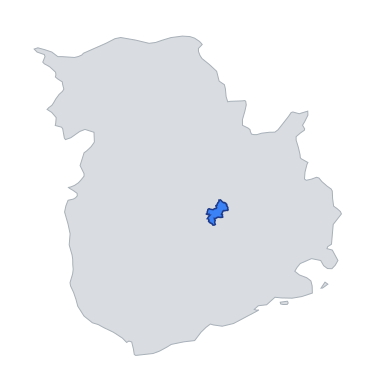 Rolea B'ier, Kâmpóng Chhnang, Cambodia (highlighted), rotated 266°
{"feature_id": "14789045B85845272815349", "entity_name": "Rolea B'ier", "entity_type": "district", "adm_level": 2, "iso_a3": "KHM", "parent_name": "Cambodia", "parent_adm1": "Kâmpóng Chhnang", "projection": "robinson", "projection_center": [104.575, 12.211], "detail": "fine", "context": "in_parent", "style": "filled", "palette": "blue", "viewbox_px": 384, "rotation_deg": 266, "n_neighbors": 0, "source": "geoboundaries", "source_scale": "gbopen_adm2", "svg_char_len": 6521}
<svg xmlns="http://www.w3.org/2000/svg" viewBox="0 0 384 384"><g transform="rotate(266 192 192)"><path d="M345.6,44.5L346.6,48.3L344.1,55.4L341.4,61.9L336.4,67.6L336.1,71.8L334.4,84.2L335.1,88.2L336.3,91.6L338.0,93.4L342.4,105.6L346.4,116.7L350.3,125.8L351.1,131.6L347.5,146.2L343.3,159.6L343.7,166.2L345.5,172.9L347.5,181.8L348.2,193.2L347.2,200.7L345.3,205.3L341.7,210.0L338.5,212.5L334.7,208.4L331.6,208.3L327.6,209.5L324.4,211.3L317.9,218.3L310.7,225.0L300.7,226.8L296.8,231.8L292.6,232.5L284.7,232.7L279.5,233.9L279.8,236.4L279.4,248.3L279.5,251.1L278.7,251.9L275.1,252.2L269.0,250.4L260.8,247.4L255.0,247.0L252.0,252.2L250.2,254.2L248.0,254.5L245.6,255.4L244.9,257.7L244.7,260.6L245.8,265.6L246.2,273.5L245.9,278.8L248.1,282.2L260.7,293.6L264.4,296.5L264.8,298.2L262.6,304.4L264.6,313.1L260.6,313.0L254.1,309.2L250.9,306.9L247.1,308.8L245.8,308.4L243.2,304.1L239.9,299.7L236.4,299.5L229.1,301.2L221.6,302.4L218.8,302.4L217.6,303.2L213.3,309.7L211.5,308.6L203.9,306.1L197.1,305.1L195.7,306.8L196.5,312.1L198.0,317.3L197.1,319.6L193.3,322.3L188.4,327.2L185.3,331.0L183.2,332.0L175.6,331.8L168.0,332.3L165.0,335.9L162.1,338.7L159.7,339.5L149.8,330.6L130.2,327.5L128.0,323.5L126.1,322.7L124.3,327.9L113.5,332.8L109.0,329.8L105.7,326.2L106.2,321.8L109.3,318.2L114.7,315.6L117.2,306.6L113.1,295.0L109.5,291.6L105.8,289.0L101.8,293.3L98.4,300.6L95.0,304.4L90.0,305.3L82.8,305.0L80.0,294.0L79.1,284.6L80.1,273.8L81.2,267.4L74.3,258.6L73.9,250.2L70.6,245.9L69.6,248.1L69.7,250.5L68.8,248.8L57.9,224.2L56.0,212.8L57.9,204.0L59.0,201.1L55.9,196.4L51.5,191.2L43.6,184.3L43.1,173.4L41.4,160.6L39.1,156.3L35.5,148.4L33.6,141.8L32.9,124.5L33.9,123.1L39.5,122.6L46.6,121.4L47.7,118.6L46.5,116.3L51.1,112.4L57.6,103.8L62.7,94.8L66.3,89.2L68.5,83.5L75.8,75.6L86.0,70.1L92.8,68.8L100.0,66.9L106.8,64.3L110.1,64.0L118.6,67.2L123.2,68.1L128.0,68.0L133.0,68.3L137.4,68.0L147.8,65.8L158.8,67.5L168.7,66.1L180.9,63.5L186.9,65.2L192.4,67.8L193.2,73.1L194.4,75.5L196.2,77.3L198.7,77.3L201.8,73.6L204.4,69.8L205.2,69.1L205.4,71.0L206.7,75.1L209.0,79.2L211.4,81.8L215.3,85.4L217.8,85.6L226.2,82.2L238.7,87.1L240.2,89.6L244.2,94.5L248.6,98.1L258.4,98.4L261.9,89.6L260.2,84.2L254.6,74.9L253.1,69.4L254.8,68.4L264.3,67.4L265.8,66.3L267.9,60.2L270.4,60.9L275.7,61.7L281.2,57.6L284.5,53.2L286.3,55.2L288.2,58.2L290.4,60.0L294.3,62.6L298.7,66.3L301.5,69.9L303.6,71.3L309.3,70.3L310.8,70.4L314.0,66.1L316.3,63.7L318.2,64.4L321.0,64.3L326.9,58.7L330.2,53.6L332.0,52.2L337.3,54.8L339.4,54.3L342.4,47.2L345.6,44.5ZM76.4,279.5L75.3,280.1L74.3,280.1L73.2,279.1L73.4,275.1L74.1,272.7L75.9,272.3L76.4,279.5ZM92.8,318.4L90.6,321.1L87.1,315.6L87.1,314.0L92.8,318.4Z" fill="#d9dde1" stroke="#a8b0b8" stroke-width="1"/><path d="M157.6,210.4L157.5,210.6L157.4,210.8L157.4,211.0L157.5,211.2L157.5,211.3L157.5,211.8L157.5,212.1L157.5,212.3L157.9,212.8L158.0,213.0L158.3,212.9L158.8,212.8L159.3,212.7L159.5,212.6L160.1,212.5L160.6,212.5L161.3,212.9L161.5,213.0L161.8,213.1L162.0,213.2L162.5,212.9L162.6,212.7L162.8,212.5L163.2,212.8L163.3,212.9L163.5,212.9L163.6,213.0L163.9,212.9L163.9,213.0L164.0,212.8L164.1,212.7L164.1,212.8L164.1,213.0L164.0,213.3L164.1,213.5L164.1,213.8L164.0,214.0L164.3,214.3L164.4,214.6L164.5,214.7L164.7,214.8L164.8,214.9L164.8,215.1L164.8,215.4L164.7,215.4L164.7,215.5L164.8,215.8L165.1,216.0L165.2,216.4L165.2,216.5L164.9,217.0L164.8,217.3L164.8,217.5L164.9,217.9L164.9,218.0L164.7,218.3L164.6,218.5L164.6,219.0L164.8,219.3L164.8,219.7L164.6,219.7L164.6,219.9L164.6,220.2L164.7,220.7L164.7,220.8L164.8,220.8L165.2,220.9L165.6,220.8L166.0,220.7L166.4,220.6L166.9,220.8L167.1,220.9L167.4,220.5L167.4,220.4L167.5,220.2L167.6,219.8L167.8,219.8L168.0,220.0L168.3,220.1L168.5,220.3L168.8,220.5L169.2,220.9L169.3,220.9L169.8,221.0L170.0,221.0L170.3,221.3L170.4,221.5L170.6,221.6L170.9,221.8L171.0,221.8L171.1,222.1L171.2,222.5L171.3,222.6L171.2,222.7L171.0,222.9L171.0,223.0L171.0,223.3L171.1,223.7L171.1,223.9L171.1,224.1L171.2,224.3L171.2,224.8L171.3,224.9L171.3,225.3L171.3,225.5L171.3,225.9L171.4,226.2L171.2,226.4L171.3,226.5L171.5,226.6L171.7,226.8L171.8,226.8L171.9,226.7L172.0,226.7L172.3,226.7L172.5,226.6L172.6,226.4L172.8,226.4L173.0,226.4L173.2,226.5L173.3,226.6L173.5,226.6L173.8,226.7L174.1,226.6L174.3,226.6L174.6,226.4L175.1,226.1L175.3,225.9L175.5,226.0L175.7,225.9L175.8,225.9L176.0,225.8L176.1,225.7L176.2,225.8L176.3,225.8L176.3,225.7L176.5,225.8L176.8,225.8L177.1,225.8L177.1,225.6L177.5,225.5L177.6,225.4L177.8,225.1L178.1,225.0L178.0,224.8L178.1,224.7L178.4,224.6L178.7,224.4L179.0,224.2L179.2,223.7L179.3,223.4L179.0,223.2L179.1,222.7L179.3,222.4L179.5,222.3L179.8,222.0L180.1,221.6L180.2,221.4L180.6,221.1L181.0,220.9L181.3,220.6L181.6,220.4L181.7,220.2L181.9,220.1L182.1,219.9L182.2,219.7L182.1,219.2L182.0,218.3L182.0,218.2L181.9,218.2L181.5,218.4L181.3,218.4L181.2,218.4L180.8,218.3L180.6,218.1L180.3,217.9L180.1,217.7L179.8,217.4L179.5,217.0L179.3,217.0L179.1,217.0L179.0,216.8L178.6,216.6L178.1,216.2L177.5,216.0L177.4,215.9L177.2,216.0L176.9,216.0L176.7,215.9L176.6,215.7L176.4,215.4L176.5,215.3L176.5,215.2L176.6,214.9L176.1,214.9L175.9,215.0L175.6,215.1L174.8,215.2L174.7,215.3L174.5,215.5L174.4,215.4L174.2,215.2L173.9,214.9L173.8,214.7L173.8,214.4L173.8,213.4L173.7,213.0L173.2,212.4L173.0,212.2L173.0,211.9L172.9,211.8L172.9,211.7L173.2,210.5L173.7,208.6L173.8,208.4L174.1,208.1L174.0,207.5L174.0,207.4L173.9,207.2L173.7,207.0L173.5,206.7L173.4,206.6L172.9,206.5L172.6,206.4L172.4,206.4L171.8,206.1L170.8,205.7L170.5,205.8L170.3,205.8L170.0,205.8L169.8,205.7L169.6,205.5L169.5,205.4L169.2,205.0L169.1,204.9L169.0,205.0L169.0,204.9L168.9,204.9L168.9,205.0L168.8,205.3L168.7,205.4L168.7,205.5L168.5,205.8L168.6,206.0L168.5,206.4L168.6,206.5L168.5,206.8L168.4,206.8L168.2,206.9L168.2,207.0L168.3,207.0L168.5,207.2L168.4,207.2L168.3,207.4L168.1,207.4L168.1,207.5L167.9,207.6L167.7,207.8L167.6,208.0L167.6,208.3L166.4,207.1L166.2,206.8L165.8,206.5L164.5,205.5L164.5,205.8L164.4,205.9L164.3,206.0L164.1,206.1L163.9,206.2L163.8,206.3L163.7,206.4L163.6,206.5L163.4,206.7L163.2,206.7L163.2,206.8L162.9,206.8L162.7,206.9L162.5,207.0L162.3,207.0L162.2,206.9L162.1,206.7L161.9,206.7L161.7,206.5L161.4,206.5L161.2,206.7L161.2,206.8L161.1,207.0L160.9,207.1L160.8,207.3L160.7,207.4L160.5,207.6L160.4,207.6L160.4,207.9L160.3,208.0L160.2,208.0L159.9,208.2L159.7,208.2L159.6,208.5L159.5,208.9L159.4,209.1L159.3,209.3L159.1,209.5L159.0,209.8L158.9,209.8L158.6,210.0L158.5,209.9L158.4,209.9L158.3,210.1L158.2,210.2L158.1,210.3L157.9,210.4L157.6,210.4L157.6,210.4Z" fill="#3b82f6" stroke="#1e3a8a" stroke-width="1.5"/></g></svg>